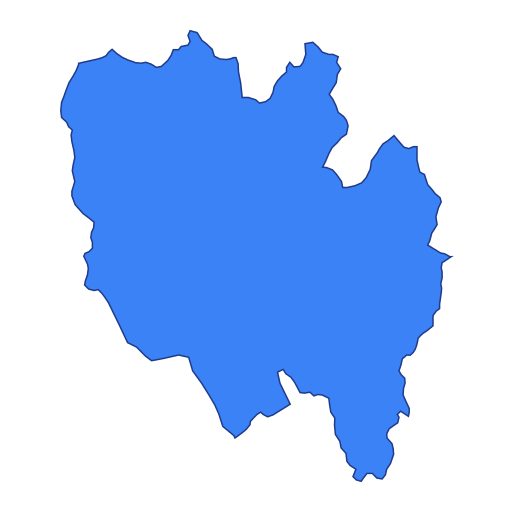 Raub, Pahang, Malaysia (Robinson projection)
{"feature_id": "92858781B38754902087589", "entity_name": "Raub", "entity_type": "district", "adm_level": 2, "iso_a3": "MYS", "parent_name": "Malaysia", "parent_adm1": "Pahang", "projection": "robinson", "projection_center": [101.866, 3.837], "detail": "fine", "context": "isolated", "style": "filled", "palette": "blue", "viewbox_px": 512, "rotation_deg": 0, "n_neighbors": 0, "source": "geoboundaries", "source_scale": "gbopen_adm2", "svg_char_len": 3339}
<svg xmlns="http://www.w3.org/2000/svg" viewBox="0 0 512 512"><path d="M108.4,302.6L119.6,325.6L127.6,342.6L136.6,347.1L145.6,356.2L151.6,360.7L163.7,358.4L178.7,355.0L188.7,357.3L192.7,370.9L201.7,383.3L208.8,394.7L214.8,404.9L218.8,413.9L222.8,426.4L233.8,435.5L235.0,438.0L241.8,433.0L246.3,429.3L250.0,424.7L250.4,421.4L253.3,418.2L257.0,414.4L260.7,412.1L263.1,414.4L267.6,416.8L273.0,414.9L290.2,404.2L280.0,383.3L277.5,372.2L283.2,369.4L285.7,373.6L291.0,377.3L294.7,382.4L300.1,392.6L304.6,393.1L309.9,392.2L314.0,395.9L317.7,394.5L322.2,395.0L328.8,398.2L329.6,404.7L330.8,412.1L334.9,418.2L334.5,424.7L335.4,434.4L339.9,441.4L341.1,447.9L346.0,453.4L346.9,461.3L350.1,465.5L355.9,469.2L353.0,476.6L356.3,479.9L361.2,481.3L363.7,477.6L367.0,473.4L372.3,473.4L376.8,478.0L382.1,479.0L382.5,478.5L385.4,474.8L386.7,469.2L390.4,463.6L393.6,454.4L393.2,448.8L392.0,443.7L387.1,438.1L386.7,433.9L389.1,428.8L393.6,425.6L397.7,422.8L399.0,417.2L397.3,414.4L400.6,411.2L408.4,416.3L409.2,412.6L409.2,408.4L405.5,400.5L403.1,395.0L403.5,388.5L405.1,382.9L404.7,378.2L401.0,374.5L399.0,370.8L401.0,364.8L402.3,358.8L406.8,355.0L410.2,355.2L413.3,352.3L415.2,349.3L416.5,345.7L417.5,341.6L418.1,338.3L420.2,335.9L422.8,333.5L426.7,330.9L433.0,325.8L433.0,323.0L433.0,315.6L436.3,311.0L439.6,308.6L439.6,304.0L441.2,292.9L441.6,288.2L440.8,283.6L442.1,278.0L442.1,272.0L441.2,267.8L442.1,262.7L451.2,256.7L449.9,256.7L444.9,253.9L440.4,252.9L427.7,245.1L429.7,240.9L431.8,233.0L434.3,229.3L437.1,224.6L435.9,216.8L438.4,207.9L441.2,201.9L440.0,197.7L435.1,193.6L432.2,189.8L427.7,184.7L424.4,174.5L419.9,172.2L418.7,167.6L417.0,160.1L417.0,146.7L413.3,146.7L408.8,148.6L403.9,147.2L399.8,142.5L394.0,135.6L387.9,140.7L383.0,143.9L379.3,149.0L377.6,152.3L371.5,160.6L370.2,169.4L366.1,177.8L361.6,182.9L355.1,185.7L347.3,187.5L342.7,187.5L341.5,181.5L336.6,174.5L332.5,169.9L326.7,167.6L322.6,167.1L325.5,161.5L328.8,153.7L332.1,147.6L337.4,142.5L341.1,137.9L346.4,134.2L348.1,125.8L346.4,120.3L343.6,116.5L338.2,112.4L335.8,105.4L332.9,99.4L329.2,94.3L332.5,88.7L336.2,82.7L337.4,74.3L340.7,68.8L336.6,62.3L338.2,56.7L332.9,54.4L328.8,54.4L322.2,52.1L318.1,47.0L312.8,42.3L305.0,43.7L305.4,49.3L305.8,54.4L302.9,62.7L300.1,66.4L293.9,66.9L289.8,62.3L286.5,67.4L286.5,72.0L281.6,76.2L277.5,80.8L274.2,86.4L273.0,92.4L270.1,98.4L265.6,101.7L259.4,103.1L255.7,99.8L248.4,97.5L242.2,97.5L240.6,82.7L238.5,72.0L238.1,63.7L236.0,57.6L233.6,57.6L229.9,59.0L226.2,59.5L220.0,59.0L214.3,56.2L212.2,49.3L205.7,43.2L202.0,40.5L197.1,32.6L190.1,30.7L188.0,35.4L190.1,41.4L188.0,45.1L181.1,46.5L178.6,49.7L173.3,49.7L171.2,55.3L167.9,60.4L161.4,66.4L156.4,67.4L151.1,64.1L145.8,62.3L141.3,63.2L135.5,62.7L127.7,59.9L122.0,57.2L116.6,53.4L112.1,49.3L108.8,52.1L106.0,55.8L102.3,57.6L97.8,59.0L78.7,63.3L78.9,63.7L76.4,70.1L73.6,75.3L69.0,82.7L65.8,91.0L63.7,97.1L61.6,102.2L60.8,110.5L61.6,117.5L66.6,122.1L68.6,126.7L72.3,130.0L71.1,135.1L71.9,141.6L74.0,150.9L74.8,157.4L73.1,165.3L72.3,170.8L73.5,175.9L74.8,181.5L71.9,191.2L71.9,195.9L75.2,204.7L83.0,213.5L89.1,218.1L94.1,222.3L93.6,227.9L91.6,232.1L90.8,237.6L92.4,242.3L92.4,248.3L89.1,251.6L85.0,253.4L83.8,256.2L87.5,264.1L88.3,268.3L87.5,274.8L85.4,280.8L84.6,285.0L88.7,289.1L94.1,290.5L98.2,289.6L101.9,293.3L104.7,297.0L108.4,302.6Z" fill="#3b82f6" stroke="#1e3a8a" stroke-width="1.5"/></svg>